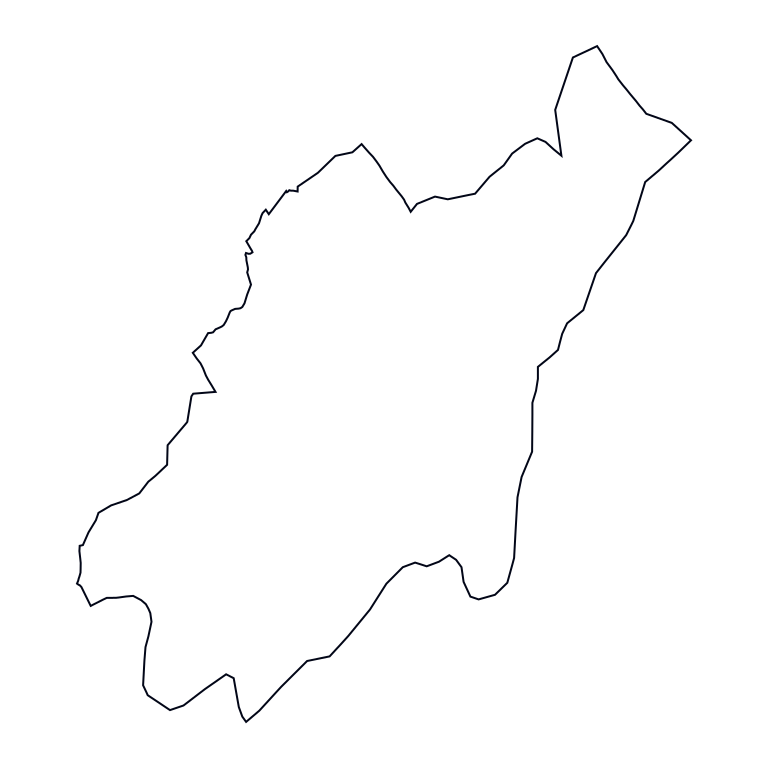 Ikwo, Ebonyi, Nigeria (Equal Earth projection)
{"feature_id": "59680162B29308605862653", "entity_name": "Ikwo", "entity_type": "district", "adm_level": 2, "iso_a3": "NGA", "parent_name": "Nigeria", "parent_adm1": "Ebonyi", "projection": "equal_earth", "projection_center": [8.17, 6.1], "detail": "fine", "context": "isolated", "style": "outline", "palette": "ink", "viewbox_px": 768, "rotation_deg": 0, "n_neighbors": 0, "source": "geoboundaries", "source_scale": "gbopen_adm2", "svg_char_len": 2870}
<svg xmlns="http://www.w3.org/2000/svg" viewBox="0 0 768 768"><path d="M265.8,209.7L262.6,213.1L261.4,215.7L259.0,223.3L255.4,229.2L254.3,231.3L251.0,234.7L249.4,238.1L246.3,241.2L250.3,248.1L252.0,250.9L252.5,252.3L250.3,253.7L248.6,253.8L246.0,253.0L245.4,254.9L246.3,257.3L246.4,260.3L247.8,267.3L248.0,269.4L247.2,272.4L251.0,284.6L247.2,294.5L244.5,303.3L242.3,307.0L240.5,308.2L238.7,308.6L235.1,308.9L231.7,310.4L230.6,311.0L229.8,312.3L227.7,317.6L225.9,321.4L223.7,325.0L221.8,326.5L220.4,327.2L217.5,328.5L215.6,329.3L213.1,332.3L211.2,332.8L208.1,333.1L203.0,341.9L201.0,345.4L192.8,352.8L196.8,358.6L200.5,363.3L203.1,368.4L205.9,375.5L208.2,379.8L211.3,384.8L215.5,391.9L193.2,393.7L191.4,396.4L187.3,421.8L186.7,422.7L167.7,445.1L167.6,445.6L167.1,464.8L156.2,475.1L155.1,476.1L148.3,481.7L139.3,493.4L126.9,500.0L119.0,502.7L111.1,505.4L105.2,508.9L98.5,512.8L95.9,520.2L88.5,532.4L82.9,545.1L79.7,545.8L79.4,551.1L80.3,559.0L80.7,562.9L80.6,569.6L80.5,572.7L79.4,576.6L78.7,578.6L78.2,580.7L77.0,583.6L78.5,584.7L79.8,585.3L81.4,587.0L84.1,592.5L90.7,605.9L102.7,599.8L106.7,597.9L116.0,597.8L118.8,597.5L126.0,596.5L133.2,595.9L141.1,600.1L145.9,604.2L148.4,608.7L150.3,613.1L151.5,621.8L148.4,636.4L145.5,647.1L144.4,660.9L143.1,685.3L146.6,692.7L147.7,695.2L170.0,710.1L170.3,710.0L183.5,705.5L204.8,689.2L225.0,675.1L226.1,674.3L233.7,678.2L235.4,687.8L237.1,697.4L238.8,707.0L242.3,716.6L246.1,721.9L259.3,710.7L276.5,691.9L281.2,686.8L307.1,661.0L329.6,656.4L337.8,647.5L338.3,647.0L348.1,636.2L370.0,609.5L377.8,597.2L386.4,583.7L402.8,567.2L415.1,562.6L419.9,564.1L426.7,566.3L439.0,561.7L449.2,555.2L456.1,559.8L461.5,567.2L463.6,581.9L470.4,596.6L478.6,599.4L495.0,594.8L507.3,582.8L512.2,565.1L514.1,558.0L515.5,532.2L517.5,497.3L521.6,477.0L532.1,451.7L532.3,431.6L532.3,430.4L532.4,414.8L532.4,402.8L536.0,390.8L537.9,378.9L537.9,366.9L543.8,362.1L549.5,357.5L558.0,349.9L560.0,342.0L562.2,333.8L567.1,323.3L583.3,310.1L596.0,273.1L604.1,262.8L620.0,242.9L626.2,235.1L631.5,224.6L633.3,220.9L645.2,182.0L658.6,170.7L666.5,163.4L670.4,159.9L678.3,152.6L691.0,140.3L671.8,122.9L646.3,113.8L642.8,109.3L639.6,105.7L635.9,100.9L630.1,94.0L626.6,89.6L622.9,85.2L618.3,79.3L616.5,76.3L612.3,69.9L606.6,62.2L602.4,54.0L597.1,46.1L572.9,57.5L555.2,109.9L561.4,155.7L553.6,149.3L545.5,141.9L537.3,138.3L532.4,140.5L525.1,143.8L521.0,146.9L512.1,153.6L504.5,164.3L503.7,165.4L489.6,176.7L475.1,193.7L467.6,195.2L447.8,199.3L435.0,196.6L417.0,203.9L410.7,211.8L408.6,207.8L405.3,202.5L404.1,199.7L401.6,196.2L396.2,189.6L393.4,185.8L390.1,182.0L386.4,177.0L382.9,171.6L379.4,165.6L376.6,161.6L373.0,156.8L369.1,152.7L364.6,147.6L361.6,144.1L352.4,152.3L335.4,155.9L317.9,172.8L297.7,186.6L297.6,191.5L293.3,190.7L291.0,190.7L289.3,190.2L288.2,191.4L286.9,192.2L286.2,191.0L268.8,214.2L265.8,209.7Z" fill="none" stroke="#020617" stroke-width="2"/></svg>